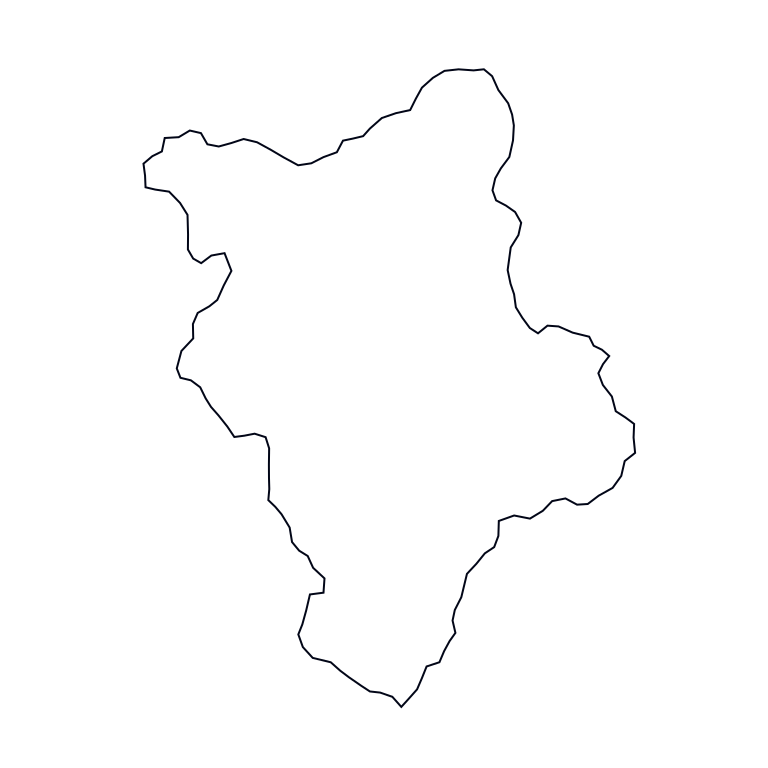 Crucilândia, Minas Gerais, Brazil (Natural Earth projection), rotated 4°
{"feature_id": "56859067B69877732933738", "entity_name": "Crucilândia", "entity_type": "district", "adm_level": 2, "iso_a3": "BRA", "parent_name": "Brazil", "parent_adm1": "Minas Gerais", "projection": "natural_earth1", "projection_center": [-44.362, -20.409], "detail": "fine", "context": "isolated", "style": "outline", "palette": "ink", "viewbox_px": 768, "rotation_deg": 4, "n_neighbors": 0, "source": "geoboundaries", "source_scale": "gbopen_adm2", "svg_char_len": 2073}
<svg xmlns="http://www.w3.org/2000/svg" viewBox="0 0 768 768"><g transform="rotate(4 384 384)"><path d="M488.3,95.3L477.6,82.8L470.4,69.4L461.7,63.1L451.5,64.9L436.4,64.9L422.5,67.4L411.4,75.2L401.2,85.7L395.9,97.1L391.0,108.9L377.0,113.0L363.3,118.8L352.1,130.2L345.9,138.2L335.7,141.4L326.1,144.1L320.8,156.1L307.8,161.9L296.1,168.9L283.1,171.8L268.0,164.9L255.0,158.4L240.5,151.7L226.9,149.4L214.8,154.3L202.6,158.6L191.1,157.2L183.9,146.5L172.6,144.7L162.0,152.1L148.1,153.9L146.2,167.5L137.0,172.9L128.7,181.0L131.1,192.8L132.4,204.4L142.2,206.0L156.2,207.1L167.9,217.6L176.2,229.0L178.1,248.5L179.0,263.5L184.9,272.2L193.2,276.2L202.8,267.9L215.8,264.6L223.9,281.8L217.3,296.8L211.8,311.8L204.3,318.7L193.2,326.1L189.2,337.5L190.5,351.8L179.6,365.2L176.2,382.9L180.5,392.0L191.1,393.8L200.9,400.1L207.1,410.8L213.0,418.9L221.1,426.9L230.7,437.4L238.4,447.3L248.3,445.3L258.4,442.6L269.6,445.3L273.9,456.2L274.8,472.3L275.8,485.5L276.9,496.9L276.7,507.9L284.1,514.1L290.9,521.1L299.9,533.8L303.3,548.1L311.0,556.2L319.9,560.9L326.1,572.3L338.2,582.1L338.2,596.4L324.8,599.1L322.2,615.2L319.3,629.5L316.0,639.8L321.4,652.1L332.0,662.2L350.3,665.3L360.4,673.1L369.3,678.9L382.3,686.6L391.4,691.7L401.7,692.1L414.2,695.5L423.8,704.9L430.2,696.8L438.3,686.3L442.3,674.9L446.2,662.8L458.7,657.7L462.6,646.3L467.4,635.8L472.6,627.3L468.9,615.2L470.4,604.5L476.0,591.3L480.0,567.6L488.7,556.9L496.4,545.9L505.3,539.0L508.7,527.6L508.1,512.6L523.0,506.1L539.0,508.1L551.3,499.4L559.9,489.1L573.0,485.5L585.0,490.9L595.6,489.5L606.0,480.4L619.3,471.7L627.1,459.1L629.5,444.1L639.3,435.2L636.7,420.0L636.3,406.4L627.1,400.5L617.1,395.0L612.2,380.6L602.4,369.7L597.1,358.3L601.1,348.9L606.7,340.4L599.0,334.6L590.5,331.2L585.4,322.5L568.6,319.6L554.1,314.4L543.0,314.4L534.1,322.7L525.6,318.0L517.3,308.2L510.2,298.3L507.5,285.4L503.2,275.1L499.4,261.7L500.9,238.9L507.7,226.1L509.6,213.6L502.8,203.3L493.2,197.5L483.0,193.0L478.7,183.2L480.6,171.1L485.5,160.8L493.2,148.8L495.7,132.0L495.5,117.0L493.0,106.3L488.3,95.3Z" fill="none" stroke="#020617" stroke-width="2"/></g></svg>